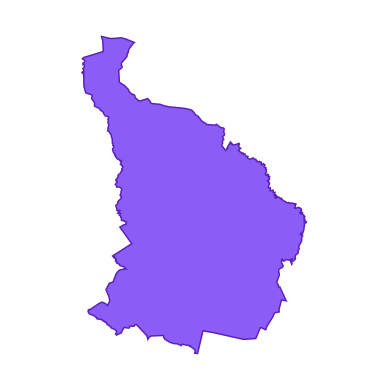 Naucalpan de Juárez, México, Mexico (Robinson projection), rotated 86°
{"feature_id": "50627088B48006947471790", "entity_name": "Naucalpan de Juárez", "entity_type": "district", "adm_level": 2, "iso_a3": "MEX", "parent_name": "Mexico", "parent_adm1": "México", "projection": "robinson", "projection_center": [-99.3, 19.474], "detail": "fine", "context": "isolated", "style": "filled", "palette": "violet", "viewbox_px": 384, "rotation_deg": 86, "n_neighbors": 0, "source": "geoboundaries", "source_scale": "gbopen_adm2", "svg_char_len": 6043}
<svg xmlns="http://www.w3.org/2000/svg" viewBox="0 0 384 384"><g transform="rotate(86 192 192)"><path d="M38.8,239.1L34.4,248.2L33.2,252.1L33.4,257.5L33.2,262.7L30.5,271.4L35.1,270.5L45.7,270.7L50.2,290.4L51.4,292.1L53.2,290.0L54.1,289.6L55.4,290.6L55.8,291.8L57.3,292.0L57.6,291.0L58.4,290.4L60.2,291.0L61.3,292.3L63.2,291.5L65.2,291.7L64.5,292.9L65.3,293.5L66.3,292.1L66.9,292.1L66.9,291.8L79.2,292.4L85.2,291.2L85.9,290.9L88.1,285.1L89.6,284.9L90.8,285.5L92.1,285.6L95.5,283.2L97.6,283.0L99.4,283.4L100.9,281.1L101.9,278.9L103.9,277.7L105.6,275.5L108.7,274.1L110.0,273.2L111.2,269.9L112.2,270.2L112.9,270.0L113.7,270.9L114.7,270.5L117.2,271.1L118.6,270.5L119.9,270.4L122.5,271.5L123.6,271.1L125.1,271.9L125.6,270.8L130.2,268.3L131.7,268.6L132.9,267.9L138.0,268.0L138.7,267.2L140.1,267.7L140.7,266.9L142.4,267.2L143.5,268.3L145.4,268.0L147.4,267.5L147.9,267.2L148.0,266.7L150.1,266.4L150.3,265.7L151.3,265.8L153.8,264.2L154.6,262.3L155.6,261.9L155.9,261.5L155.6,260.5L156.4,260.1L157.0,260.3L157.2,260.8L158.0,260.8L159.4,261.5L160.0,260.6L161.3,259.9L161.8,259.2L163.4,259.8L163.9,260.4L165.1,260.0L165.5,260.7L166.7,260.7L167.2,261.7L169.0,262.8L169.1,263.4L169.7,264.3L170.9,264.8L171.8,264.6L172.4,265.3L173.1,265.3L174.5,267.2L175.6,267.0L176.6,265.8L177.1,265.7L177.8,266.9L179.0,268.0L179.7,267.4L181.9,266.7L181.9,263.9L184.1,261.9L185.0,261.9L185.9,262.6L189.0,263.2L190.0,264.0L191.3,263.5L192.0,262.6L194.0,263.7L195.6,266.0L196.7,266.3L197.0,266.9L198.7,267.1L200.0,268.8L200.4,269.0L203.8,268.0L204.3,268.3L205.6,268.0L205.7,266.9L205.1,265.7L205.5,265.1L208.0,267.5L208.1,266.8L207.6,266.0L208.6,264.6L209.8,266.3L211.4,264.7L212.3,264.8L213.6,264.2L215.1,264.4L216.1,262.5L215.9,261.6L217.4,260.1L217.5,259.5L219.0,260.2L219.7,260.0L220.1,262.7L222.0,266.4L239.3,255.7L250.3,275.7L250.8,275.3L250.8,274.1L251.2,273.8L251.9,274.5L252.4,274.3L253.0,272.7L253.5,272.4L254.1,272.4L254.5,273.1L255.7,273.1L256.0,272.0L257.5,272.2L258.9,269.8L260.2,269.2L262.0,264.8L262.9,264.7L264.3,263.1L264.2,266.1L264.8,269.6L266.2,271.5L268.7,273.6L276.4,277.1L277.2,280.8L283.3,284.6L290.4,282.2L293.8,281.7L295.6,281.9L299.4,284.3L297.5,285.8L295.6,289.1L296.7,292.5L302.7,302.7L302.1,302.8L302.4,303.6L304.3,304.0L306.4,303.0L308.9,297.8L310.2,296.8L310.8,295.6L311.4,295.4L311.8,295.7L312.7,292.5L312.8,290.7L313.6,290.6L313.8,290.0L314.6,289.6L315.0,288.3L315.8,287.9L316.1,286.5L317.3,286.3L318.4,285.7L319.8,283.5L320.7,283.1L321.0,282.1L322.1,281.9L323.9,278.4L324.5,277.8L326.0,276.9L328.6,278.2L329.5,277.0L329.0,276.5L327.7,272.5L322.4,269.3L323.4,264.5L321.4,262.8L321.9,259.4L320.3,257.7L320.4,256.9L320.8,256.3L332.1,247.1L335.9,246.3L333.7,244.7L332.8,242.7L333.1,230.6L335.3,230.3L337.1,229.2L340.4,224.6L342.0,220.4L342.5,217.1L344.5,213.4L343.1,212.6L345.2,205.0L345.9,205.0L346.2,203.5L347.1,203.0L348.7,201.0L350.4,199.7L353.0,200.6L353.5,197.7L331.3,190.8L333.5,181.3L342.6,150.9L342.6,138.6L332.3,133.4L332.1,132.5L334.6,128.1L331.1,126.6L322.1,120.0L318.8,118.4L318.1,116.9L317.7,113.4L315.2,113.4L305.9,110.3L307.2,105.6L292.9,111.0L292.9,112.2L290.9,112.3L289.1,113.4L287.7,113.7L281.1,110.7L279.5,110.6L277.6,111.1L275.5,110.8L274.4,109.5L273.5,107.1L272.4,106.3L271.5,106.3L268.6,107.7L265.5,107.2L265.4,106.4L267.3,105.5L267.4,105.0L266.1,103.3L266.7,99.4L265.8,96.7L266.7,97.3L267.4,98.7L271.1,97.5L270.7,97.2L268.7,97.7L267.7,95.3L266.5,93.9L265.5,93.4L263.3,93.6L262.5,93.3L260.2,90.3L257.7,90.2L256.3,89.0L254.0,89.4L248.5,86.1L243.2,85.4L241.4,86.9L240.7,86.1L242.1,86.3L243.0,84.8L242.1,85.0L237.5,83.1L233.5,82.4L233.5,82.1L230.8,82.2L230.8,80.5L229.8,80.0L229.8,80.9L228.9,81.7L228.2,81.1L226.7,81.7L227.2,82.1L225.1,82.0L225.4,81.5L224.6,81.1L222.2,82.7L221.5,84.2L221.2,83.5L220.5,83.3L220.8,85.6L220.4,86.1L219.8,85.5L220.1,84.7L219.8,84.1L218.6,84.0L218.0,84.8L217.1,84.0L216.1,84.5L214.8,86.7L215.5,89.9L214.9,90.9L213.8,89.8L212.3,89.9L211.3,89.1L210.9,89.4L210.9,90.9L209.9,92.9L210.3,94.7L209.3,95.8L209.2,96.5L209.5,97.1L209.0,98.6L208.0,99.6L207.0,101.6L205.5,102.5L205.6,102.9L205.0,103.9L204.3,103.7L204.4,104.4L203.8,105.3L203.3,105.4L203.0,108.0L203.9,108.6L203.8,109.6L203.0,109.4L202.6,108.5L202.0,108.3L202.0,107.7L201.6,108.0L201.9,109.1L201.4,110.1L201.1,110.2L200.3,109.0L199.9,109.9L198.2,109.3L198.2,111.0L196.0,110.8L195.8,111.1L196.1,112.6L196.0,114.0L193.9,113.5L193.1,113.7L193.4,114.4L193.2,115.3L192.6,115.7L188.9,114.0L187.0,114.8L187.2,115.3L187.0,115.7L186.2,116.0L185.8,115.9L185.1,113.9L183.1,114.1L182.4,113.4L181.8,114.0L182.2,114.9L181.8,115.1L180.8,114.4L179.9,114.8L180.1,115.3L179.6,115.7L180.4,116.4L179.9,117.5L178.6,117.4L177.1,116.3L176.4,116.6L175.1,116.2L174.4,116.8L173.0,116.5L172.7,117.7L171.8,118.4L170.8,117.5L170.0,117.4L168.6,119.0L169.5,119.5L170.0,120.4L169.3,121.0L167.2,120.8L166.7,121.1L166.8,122.6L166.2,122.9L166.4,124.6L165.5,124.9L165.2,125.7L164.0,125.9L163.6,126.5L163.6,127.5L162.7,128.7L162.2,128.8L163.3,131.3L163.3,131.9L162.6,133.2L161.8,134.5L160.4,133.8L159.9,135.5L159.3,136.1L157.6,136.7L158.1,138.2L156.5,138.5L157.0,139.8L155.5,140.6L155.4,141.2L153.7,142.8L153.3,142.7L153.3,141.9L152.4,141.2L152.0,140.4L151.5,140.7L151.0,141.7L149.9,142.2L148.9,142.3L148.0,141.4L147.0,141.5L146.8,141.8L148.1,146.7L147.5,148.5L146.9,149.4L146.4,148.8L144.8,150.2L149.4,153.3L151.0,154.0L151.2,153.6L151.5,154.3L152.9,155.6L148.0,158.9L146.2,158.7L145.2,157.9L143.9,158.3L143.1,158.0L141.9,156.7L141.4,156.7L139.1,157.7L138.5,157.2L137.9,156.1L136.5,155.4L134.6,156.2L131.3,155.5L130.5,155.9L129.6,159.0L126.2,162.9L126.9,164.4L125.7,172.4L124.3,173.9L122.1,177.1L116.9,180.6L115.0,183.4L113.2,184.1L110.4,186.5L109.7,187.8L108.0,193.9L105.4,209.1L104.1,213.6L102.3,217.7L101.0,225.8L100.5,226.6L98.0,227.9L95.7,229.7L97.5,237.1L97.3,238.7L94.4,241.6L93.3,242.2L91.5,242.4L88.8,246.8L87.7,247.2L87.1,247.9L85.6,248.1L80.9,252.1L77.4,256.8L65.8,256.6L65.1,256.2L63.2,253.3L61.9,252.9L60.2,253.6L58.5,253.5L52.5,247.6L51.4,247.2L49.7,247.1L48.9,246.1L45.4,245.2L39.3,240.0L38.8,239.1Z" fill="#8b5cf6" stroke="#5b21b6" stroke-width="1.5"/></g></svg>